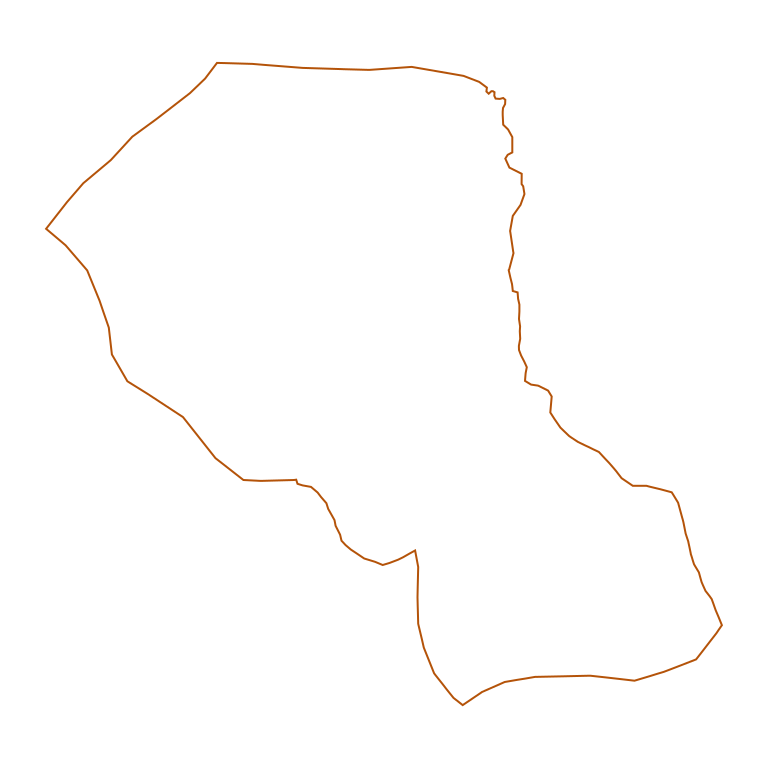 the district of Puncak Jaya, Papua, Indonesia
{"feature_id": "22746128B50358350022934", "entity_name": "Puncak Jaya", "entity_type": "district", "adm_level": 2, "iso_a3": "IDN", "parent_name": "Indonesia", "parent_adm1": "Papua", "projection": "natural_earth1", "projection_center": [137.994, -3.489], "detail": "fine", "context": "isolated", "style": "outline", "palette": "amber", "viewbox_px": 768, "rotation_deg": 0, "n_neighbors": 0, "source": "geoboundaries", "source_scale": "gbopen_adm2", "svg_char_len": 2843}
<svg xmlns="http://www.w3.org/2000/svg" viewBox="0 0 768 768"><path d="M721.9,625.2L718.6,617.1L715.7,610.3L713.2,603.2L711.7,599.1L709.5,596.0L708.4,594.6L705.5,590.9L702.8,584.9L701.6,582.1L700.4,577.9L699.5,574.6L698.9,572.4L694.8,565.6L694.0,564.2L693.2,561.7L692.6,559.8L692.0,557.7L691.1,554.9L690.9,554.5L690.7,553.2L689.4,546.9L688.3,541.9L688.3,541.6L687.3,538.6L685.6,533.4L685.5,532.8L684.2,526.2L683.4,522.2L682.7,519.4L682.3,518.1L678.1,502.7L673.1,494.5L671.7,492.3L670.6,492.0L660.6,489.3L650.6,486.9L648.6,486.4L646.8,485.9L646.4,485.8L645.4,485.8L644.3,485.8L644.2,485.8L643.6,485.8L636.2,485.8L633.9,485.8L632.8,485.8L621.6,478.2L618.5,474.2L616.3,471.3L613.8,468.3L609.1,462.9L605.3,458.9L598.9,452.0L596.2,450.7L593.2,449.3L588.6,447.0L586.6,446.1L584.9,445.3L577.9,441.9L571.7,437.8L569.1,436.0L564.0,431.1L560.4,427.6L554.6,419.2L550.3,412.5L551.7,396.5L548.1,390.6L538.7,385.9L537.9,385.6L531.1,384.6L525.0,380.9L525.6,373.6L525.7,372.8L526.8,367.2L524.2,361.5L521.1,355.5L519.0,350.0L518.9,346.9L518.9,345.8L520.2,338.8L519.8,331.2L520.1,326.4L519.0,319.0L519.4,311.5L519.4,304.6L518.1,298.8L517.6,292.4L512.8,291.0L512.3,286.4L512.0,284.0L510.4,277.7L508.7,270.1L509.2,269.4L513.5,253.1L513.2,251.6L510.4,232.7L510.1,231.0L512.8,215.9L520.6,204.8L520.6,204.7L524.4,194.2L524.4,193.7L523.2,186.3L521.6,184.1L521.7,173.8L509.4,167.6L505.3,158.6L507.7,154.8L512.3,152.4L512.3,144.7L512.3,137.1L508.1,129.5L503.2,124.7L502.7,115.0L502.7,111.7L503.0,108.0L505.1,104.1L505.3,99.8L503.2,98.0L499.8,98.9L495.6,98.6L494.3,95.8L494.5,92.2L492.9,91.2L491.4,91.2L488.7,93.7L486.4,91.5L486.9,87.6L479.2,81.9L463.6,75.9L452.2,73.9L425.0,69.2L411.7,66.9L369.3,69.9L343.9,69.2L341.5,69.1L302.6,67.9L264.4,64.9L252.4,63.9L225.4,63.1L217.0,62.9L205.1,78.6L190.0,93.1L165.2,112.3L156.1,119.3L132.3,136.7L110.9,160.0L107.5,162.9L83.3,183.2L67.0,202.1L46.1,228.8L65.6,245.3L87.2,270.4L99.6,300.8L103.2,311.4L108.8,327.6L111.9,354.5L115.8,361.2L127.4,381.3L147.5,393.8L183.0,417.1L215.5,458.2L217.7,459.9L243.4,480.0L260.8,480.9L294.0,480.0L296.2,479.7L297.5,483.8L302.6,485.4L311.0,486.9L317.6,492.5L321.1,497.1L326.4,503.2L328.2,508.9L334.5,520.1L335.6,525.8L340.1,534.7L341.5,540.7L345.6,545.1L350.9,549.6L356.5,553.3L364.2,558.5L375.0,561.8L382.7,565.0L389.4,563.0L398.1,559.7L403.0,557.3L410.0,553.3L415.1,550.5L418.2,567.0L417.7,587.5L417.5,597.3L417.7,605.5L418.0,616.2L418.2,623.8L420.6,633.9L421.9,639.3L423.8,647.6L434.1,673.3L435.7,675.4L439.5,680.2L442.6,684.1L446.6,689.3L453.5,697.9L462.7,705.1L480.9,692.8L482.0,692.0L504.7,682.0L516.9,679.9L525.1,678.6L535.0,676.9L563.8,676.3L590.1,675.7L604.8,677.3L619.8,679.0L634.5,680.7L649.6,676.2L657.3,673.8L663.7,671.9L669.0,669.9L677.6,666.6L696.1,659.4L702.5,651.2L710.6,640.7L715.5,634.4L716.5,633.1L718.7,629.8L721.9,625.2Z" fill="none" stroke="#b45309" stroke-width="2"/></svg>